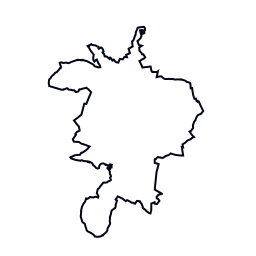 outline of La Unión, Sucre, Colombia, rotated 159°
{"feature_id": "7082276B70731756004161", "entity_name": "La Unión", "entity_type": "district", "adm_level": 2, "iso_a3": "COL", "parent_name": "Colombia", "parent_adm1": "Sucre", "projection": "mercator", "projection_center": [-75.264, 8.814], "detail": "fine", "context": "isolated", "style": "outline", "palette": "ink", "viewbox_px": 256, "rotation_deg": 159, "n_neighbors": 0, "source": "geoboundaries", "source_scale": "gbopen_adm2", "svg_char_len": 5845}
<svg xmlns="http://www.w3.org/2000/svg" viewBox="0 0 256 256"><g transform="rotate(159 128 128)"><path d="M150.5,56.6L149.5,55.5L149.1,55.5L148.9,55.4L148.9,55.1L148.4,54.8L148.1,55.2L147.2,55.8L145.7,56.7L144.2,56.1L143.4,54.6L143.1,54.8L142.9,53.6L142.4,52.3L142.6,50.9L142.3,49.7L142.7,48.9L142.7,48.2L142.2,47.1L141.1,45.3L140.6,43.9L139.2,41.6L138.6,40.9L137.7,40.2L135.9,42.6L133.3,49.1L129.8,49.2L130.2,47.8L128.4,46.6L124.8,48.7L125.1,50.3L126.4,52.2L125.8,53.6L123.3,54.8L122.5,54.6L120.0,54.3L119.9,54.5L125.1,60.9L117.2,76.6L112.3,83.3L115.5,85.8L115.1,86.8L114.9,87.9L114.2,89.2L113.0,89.0L112.0,89.8L111.3,90.0L110.5,90.1L109.9,89.8L109.9,89.6L108.2,88.9L107.5,88.2L107.2,88.0L106.0,87.6L102.9,88.3L99.6,88.2L98.6,88.4L97.4,89.0L93.8,86.2L92.2,85.3L90.1,84.1L86.4,82.5L84.6,91.0L83.5,90.2L82.9,93.2L79.4,93.9L78.0,94.6L77.0,95.0L73.8,95.1L71.2,95.9L70.4,95.9L69.7,95.8L71.0,99.2L71.8,102.7L70.1,102.8L68.2,104.1L67.4,104.4L66.9,105.4L66.6,106.9L65.7,108.2L64.4,109.6L64.0,110.1L62.2,111.2L60.7,113.1L58.9,114.5L58.2,114.9L57.5,115.1L55.9,115.0L54.8,115.1L51.7,116.9L52.2,122.4L52.4,127.2L53.4,127.4L53.3,128.4L54.3,128.5L54.1,131.1L55.5,131.4L55.4,134.9L54.5,139.7L53.8,142.3L55.2,142.6L53.8,147.4L54.1,147.9L54.9,148.8L56.7,150.0L57.3,151.3L57.9,151.9L60.3,153.8L60.3,153.7L63.5,155.3L67.0,156.5L68.9,157.9L70.1,158.1L71.6,159.0L73.4,159.5L75.5,160.3L76.3,160.9L76.8,161.4L77.6,162.8L78.3,164.1L78.7,164.4L79.9,164.8L83.0,165.2L79.8,170.2L80.9,169.9L84.5,171.3L84.4,171.5L85.6,172.1L85.6,173.1L84.9,177.3L92.9,179.3L92.8,180.9L93.3,186.4L92.3,186.5L90.1,187.0L88.1,187.2L87.4,187.4L86.6,187.9L87.3,191.3L88.2,191.5L88.4,191.8L88.6,193.4L89.6,196.1L88.7,199.2L85.6,199.8L87.9,201.5L88.1,202.0L88.1,205.7L85.7,206.6L84.0,207.5L83.1,208.3L82.5,209.1L82.4,209.3L81.9,214.9L80.4,214.6L79.4,214.2L80.5,212.5L80.5,210.7L79.3,210.6L78.7,210.8L78.0,212.8L77.0,213.4L76.4,214.9L76.8,216.6L77.6,216.8L77.6,217.0L82.8,218.2L83.0,218.1L86.2,214.7L87.4,212.6L88.9,211.1L89.6,210.1L90.9,208.6L91.6,207.9L92.5,207.5L93.2,207.4L94.5,202.4L99.0,201.8L99.4,197.3L100.0,197.3L100.1,197.1L103.5,197.0L103.6,194.5L105.7,195.7L107.0,194.9L108.4,194.0L110.9,195.5L112.1,194.1L113.6,192.5L115.1,193.4L116.0,194.3L116.5,196.2L116.5,196.4L116.7,196.9L117.0,197.1L117.3,197.0L117.8,196.6L118.2,196.4L118.4,196.5L118.8,198.2L118.7,198.9L118.9,199.3L119.4,199.4L120.1,199.2L119.9,200.2L120.2,200.2L120.8,199.9L121.0,199.9L122.1,202.0L122.6,202.5L124.1,203.2L124.1,203.5L123.9,203.8L124.0,204.7L123.8,205.0L123.8,205.5L124.6,207.0L124.7,207.7L123.4,208.1L123.3,208.8L123.4,211.3L124.0,212.6L124.3,212.9L126.8,212.4L127.1,213.1L126.4,214.4L126.6,214.7L127.7,215.4L128.7,216.7L131.8,218.4L132.1,219.4L134.0,219.2L134.2,218.8L134.8,218.5L135.0,218.6L135.2,219.1L136.3,219.1L135.6,216.6L135.2,213.6L133.7,208.7L134.8,207.1L136.0,204.3L135.6,202.1L134.5,202.6L134.0,202.7L133.5,203.0L132.6,203.1L132.5,199.2L132.0,197.8L131.9,196.0L132.1,194.7L133.3,195.0L134.3,195.5L137.1,197.7L137.4,199.3L138.2,200.4L142.7,205.5L143.6,205.9L144.7,206.9L145.9,207.4L145.8,207.8L146.5,208.0L147.0,207.8L147.4,208.0L147.3,208.3L149.6,209.2L150.4,209.3L150.4,209.7L151.0,209.8L153.1,209.8L156.9,210.0L159.1,209.8L160.3,209.8L162.1,211.1L164.2,211.7L165.0,211.8L165.9,212.6L167.1,213.3L168.4,213.3L168.7,209.0L169.0,208.9L169.4,208.2L169.6,208.4L172.1,206.9L174.7,205.6L175.6,205.7L176.4,205.6L178.0,204.6L180.1,203.9L181.6,203.1L182.2,202.5L184.0,201.6L184.4,201.3L184.9,200.4L186.1,197.8L186.3,195.8L186.5,195.4L176.1,187.4L175.3,187.2L174.6,186.9L173.9,187.2L173.1,186.8L171.4,187.1L170.6,186.9L170.3,186.7L169.9,185.5L169.4,185.0L167.2,183.9L166.4,183.1L164.8,182.6L164.5,182.1L164.0,180.4L163.4,180.1L161.3,179.9L160.6,180.5L160.0,181.2L159.4,181.5L158.4,181.0L157.0,181.1L152.3,180.4L152.3,180.0L151.3,178.6L149.6,174.5L153.2,170.9L158.3,165.4L160.1,166.4L166.3,157.7L167.1,157.1L170.7,155.8L175.7,154.4L174.7,150.7L173.4,147.0L173.9,143.4L174.1,142.9L177.2,142.6L179.2,141.5L179.3,141.1L179.0,140.4L183.5,137.3L183.6,136.7L183.4,134.6L179.2,132.7L178.6,132.3L177.3,130.3L176.8,129.9L173.2,127.0L172.6,126.3L170.4,124.4L174.5,122.5L175.5,122.2L179.6,121.3L180.3,121.7L181.4,121.1L182.1,120.3L182.7,120.3L187.4,121.6L190.1,121.4L191.7,121.4L192.3,121.3L192.1,120.1L188.3,116.9L183.9,114.4L183.1,114.6L182.7,114.5L181.9,113.7L181.1,113.1L177.3,111.1L177.6,110.5L176.7,109.9L176.4,110.4L175.5,109.8L175.0,109.2L174.0,107.7L173.7,105.5L172.9,104.3L172.2,102.4L171.9,101.9L171.0,101.1L169.3,101.1L168.4,102.9L167.7,103.5L166.5,104.1L165.3,104.2L163.7,103.8L161.2,101.2L161.4,101.1L159.1,99.9L157.8,100.5L156.4,99.4L156.9,98.9L157.2,98.8L158.2,98.7L157.8,97.3L157.4,97.2L157.5,97.0L158.9,97.3L159.3,96.3L159.9,96.6L159.6,97.5L159.4,97.4L160.1,98.1L161.2,98.5L161.7,97.6L161.2,96.9L161.0,96.4L160.5,93.9L161.3,92.0L161.1,89.2L161.4,88.8L162.5,88.1L162.6,87.1L162.5,85.7L162.9,85.5L163.6,85.2L165.9,85.2L167.0,84.8L168.5,85.0L170.5,85.9L174.7,83.5L176.4,82.3L178.2,81.7L180.4,78.4L180.1,74.9L180.8,73.8L182.6,75.3L183.0,75.5L185.2,75.5L187.0,76.5L187.5,77.0L187.9,77.2L188.2,77.2L188.9,76.8L189.9,76.8L191.1,76.4L191.6,76.5L191.9,77.0L192.3,77.2L192.5,76.5L192.9,76.5L194.3,74.8L195.2,74.1L196.7,73.3L199.2,71.0L200.1,69.5L200.9,68.6L201.4,67.2L201.8,67.0L202.0,66.1L203.7,62.6L203.9,62.0L204.3,56.8L204.0,56.0L202.9,54.4L202.7,53.6L203.0,51.2L203.2,47.0L202.6,45.9L200.1,43.2L198.6,41.0L198.4,40.7L197.8,38.6L197.4,38.5L196.1,37.6L194.4,37.0L192.6,36.6L191.6,36.7L191.0,36.9L190.4,36.8L190.5,37.1L188.9,37.5L188.8,37.4L186.2,38.3L184.2,39.5L182.9,41.8L182.4,42.2L180.3,43.8L178.9,45.3L178.7,45.7L178.7,46.3L178.3,48.0L177.1,50.4L176.9,51.3L176.6,51.5L174.5,54.2L173.3,56.3L172.5,56.9L168.4,58.1L167.9,58.8L167.0,60.7L164.3,64.3L165.2,65.6L162.1,67.8L158.6,64.2L156.3,60.5L154.9,61.0L154.6,60.9L152.1,58.1L151.6,57.1L150.5,56.6Z" fill="none" stroke="#020617" stroke-width="2"/></g></svg>